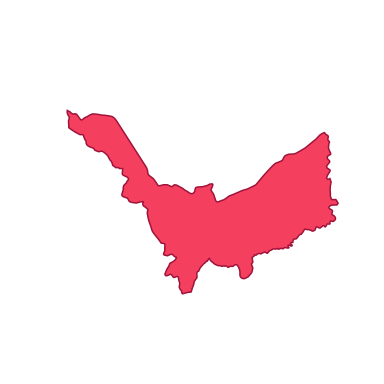 outline of Yarula, La Paz, Honduras, rotated 109°
{"feature_id": "27666195B51928369453828", "entity_name": "Yarula", "entity_type": "district", "adm_level": 2, "iso_a3": "HND", "parent_name": "Honduras", "parent_adm1": "La Paz", "projection": "albers", "projection_center": [-88.087, 14.087], "detail": "fine", "context": "isolated", "style": "filled", "palette": "rose", "viewbox_px": 384, "rotation_deg": 109, "n_neighbors": 0, "source": "geoboundaries", "source_scale": "gbopen_adm2", "svg_char_len": 5995}
<svg xmlns="http://www.w3.org/2000/svg" viewBox="0 0 384 384"><g transform="rotate(109 192 192)"><path d="M100.1,78.2L99.8,78.5L98.6,80.2L98.2,80.6L97.5,80.9L95.5,81.1L95.0,81.3L94.6,81.7L93.6,84.9L92.7,86.0L94.2,87.9L96.6,89.7L102.1,92.2L103.5,93.2L112.4,98.6L113.9,99.6L121.4,106.1L123.1,108.4L124.3,111.7L125.0,113.1L126.2,114.6L127.3,115.7L128.9,116.4L131.9,116.7L132.9,117.1L134.2,118.3L137.6,122.3L138.8,123.1L141.2,124.4L146.9,127.0L153.7,129.9L163.5,133.6L165.0,134.4L171.2,140.7L174.1,144.8L181.3,152.7L183.0,154.8L183.9,155.7L188.1,158.6L189.2,159.6L190.4,161.3L192.2,163.3L192.8,164.1L193.1,165.0L193.1,165.8L192.6,166.6L186.9,171.0L185.2,173.3L184.2,174.4L183.2,174.8L180.1,174.5L178.9,174.6L178.0,174.8L177.7,175.4L178.7,177.7L180.9,179.7L181.4,180.6L183.3,183.3L185.5,188.3L186.3,189.6L186.8,189.9L187.5,190.0L190.3,189.7L191.7,189.9L192.9,190.5L193.6,191.4L193.8,192.6L193.8,193.9L193.0,196.7L192.6,199.1L191.5,202.5L190.5,208.9L190.9,211.0L193.1,212.4L193.6,212.9L193.2,217.8L194.3,221.0L196.7,224.8L196.9,225.6L196.7,226.5L193.9,230.1L191.9,233.0L190.7,236.8L189.7,239.2L185.8,241.3L183.7,243.0L148.9,287.0L147.6,289.1L146.9,291.1L146.7,292.3L146.8,293.7L147.7,298.8L148.7,302.7L149.4,307.2L150.5,311.4L152.2,313.4L154.9,315.7L156.5,317.4L157.5,318.2L159.3,319.2L159.7,319.6L159.9,320.1L159.7,321.1L156.0,326.5L156.1,328.2L156.4,328.8L157.0,329.4L157.1,330.0L156.7,331.8L155.9,333.5L155.5,336.5L157.2,336.0L158.2,335.5L159.4,334.4L160.9,332.7L161.6,332.2L165.5,331.8L167.9,330.7L171.3,329.4L172.3,326.3L173.4,321.9L174.2,316.9L174.2,316.4L173.5,314.5L173.5,313.5L173.8,313.1L175.1,312.2L177.3,310.3L178.5,308.6L180.1,308.1L180.9,307.5L181.8,306.5L182.3,305.2L182.6,303.7L182.7,299.3L184.1,297.5L184.2,296.8L184.3,293.4L183.7,292.2L183.0,291.2L182.8,290.3L183.0,288.6L183.9,286.0L185.2,283.4L188.2,280.3L189.3,278.3L190.9,276.8L192.7,275.6L193.1,273.8L193.8,272.1L193.0,269.6L193.0,269.0L193.4,268.4L193.4,267.8L192.5,265.8L192.5,265.5L192.6,265.1L197.1,264.0L198.0,263.5L198.4,262.8L198.6,262.0L199.0,258.5L199.3,257.5L199.8,256.7L200.4,256.3L201.2,256.2L202.8,256.8L204.6,257.0L208.2,258.7L209.0,258.5L210.3,258.5L211.9,257.8L216.7,257.6L217.7,257.3L218.3,256.9L218.6,256.3L218.8,255.4L218.9,250.9L219.4,250.3L220.7,249.0L221.2,248.4L221.5,247.5L221.5,246.2L221.1,243.5L220.6,241.1L217.9,237.1L217.1,235.2L217.1,234.8L217.4,234.7L218.2,234.9L219.0,234.7L219.9,234.4L220.6,233.8L221.0,233.1L221.5,231.4L222.2,229.5L222.6,228.6L223.1,228.0L223.6,227.8L224.9,227.8L226.6,227.4L231.2,224.8L233.9,223.0L238.1,219.6L240.6,217.9L241.9,216.8L242.8,215.7L244.4,213.4L248.0,207.7L250.2,204.8L250.3,204.0L249.8,201.8L249.9,201.2L250.2,200.8L251.1,200.3L254.2,199.4L256.1,198.7L259.7,198.7L260.3,198.5L260.6,197.8L260.6,196.8L260.3,194.5L258.1,192.1L257.7,191.5L257.5,190.8L257.7,189.3L258.5,188.1L258.7,187.3L258.9,186.5L258.8,185.6L258.9,185.4L260.1,185.4L262.2,186.0L264.3,187.4L266.0,189.2L266.8,189.7L269.8,189.8L273.2,190.6L278.2,190.9L279.0,190.5L279.6,189.7L279.5,188.8L278.8,187.8L277.1,185.9L276.7,185.1L277.0,184.2L278.4,182.4L278.8,181.5L278.1,180.3L276.8,178.9L276.6,178.2L276.7,177.5L277.6,176.9L279.3,176.0L282.1,174.0L283.9,173.4L285.3,173.4L286.3,173.0L287.7,171.7L288.4,170.7L288.8,169.7L289.9,169.3L290.7,168.8L291.2,168.2L291.3,167.7L288.1,163.0L287.0,160.5L286.6,160.2L283.9,160.4L279.0,160.3L275.9,160.7L273.8,160.2L272.2,159.6L271.4,159.5L270.7,159.6L267.0,161.1L266.2,161.1L265.3,160.7L264.9,160.0L260.7,159.5L256.4,157.7L254.7,156.6L252.6,155.8L252.5,155.6L252.5,155.2L252.3,155.0L251.7,154.8L250.1,154.6L249.3,154.3L249.1,154.0L249.3,153.6L250.3,152.9L251.1,151.6L252.8,147.1L253.0,145.9L253.1,143.0L252.5,141.6L252.6,139.7L252.2,138.9L251.6,138.2L251.6,137.4L250.7,135.2L250.8,134.8L251.5,133.7L251.5,133.3L249.7,131.5L249.1,129.2L248.4,128.6L247.5,128.2L246.8,127.4L246.3,126.5L246.3,125.9L246.4,125.4L247.7,123.8L249.7,121.9L252.1,120.6L255.1,119.6L256.3,118.7L257.0,117.6L257.3,116.3L257.2,115.1L256.6,113.9L254.0,111.3L250.7,110.0L249.0,109.4L248.3,109.3L246.6,109.4L243.9,109.8L241.5,111.9L240.3,112.2L239.0,111.7L238.3,111.8L237.3,112.2L234.8,113.7L233.8,113.6L232.9,112.7L232.2,112.5L231.2,112.5L230.9,111.9L231.0,111.2L230.9,110.9L230.4,110.5L229.4,110.2L228.9,109.3L228.3,108.9L228.1,106.7L226.2,105.0L225.2,103.7L225.1,102.7L225.5,101.5L225.3,100.7L222.1,99.4L221.1,98.1L220.0,97.3L219.4,96.5L218.8,95.2L218.8,94.2L218.0,93.5L217.5,92.8L217.5,92.5L218.0,91.9L217.8,91.3L217.2,90.5L216.5,89.9L216.2,89.4L216.2,88.1L216.0,87.4L215.6,87.0L214.7,86.8L214.5,86.4L214.2,85.5L213.8,83.0L213.5,82.5L213.2,82.3L212.9,82.3L212.6,82.7L212.2,83.5L210.9,83.6L210.6,82.0L210.9,80.7L210.7,80.3L210.4,80.0L209.9,79.9L209.6,80.1L209.2,81.2L208.8,81.9L208.4,82.0L207.9,82.0L207.4,81.6L207.2,80.8L206.8,80.2L205.9,80.5L204.9,80.6L203.5,80.4L202.9,79.6L202.7,78.7L202.3,78.2L201.3,77.7L197.6,76.5L196.9,76.0L196.6,75.2L196.2,74.9L193.3,73.9L191.2,73.6L190.5,73.3L189.6,69.0L189.5,67.1L189.8,66.0L189.6,64.8L189.1,64.3L187.9,63.3L184.7,63.2L184.4,62.7L184.3,62.0L184.4,60.6L184.6,60.1L184.4,59.2L181.4,57.2L180.9,56.4L180.9,55.9L181.6,55.1L181.5,54.5L180.3,54.1L178.5,53.8L177.9,53.2L177.7,51.7L177.1,51.2L175.5,51.8L174.7,51.8L174.2,51.2L174.1,49.6L173.7,48.7L172.6,48.0L171.4,47.5L170.4,47.6L169.1,48.5L168.2,50.0L167.9,51.3L167.8,52.2L167.4,52.6L164.4,52.8L163.7,53.5L163.2,55.1L163.1,56.5L162.3,57.5L161.6,57.7L160.7,57.3L159.4,56.3L158.5,54.7L157.2,51.0L156.8,50.6L155.1,50.2L152.9,52.6L152.3,53.6L152.3,53.9L152.8,54.5L153.2,56.2L153.7,57.0L153.6,57.6L153.3,58.0L150.7,59.9L148.2,60.7L145.0,62.1L141.4,63.1L137.3,63.7L134.4,66.0L135.3,66.8L135.7,68.0L135.4,68.7L134.8,69.3L132.5,69.4L128.0,68.4L126.7,68.3L126.2,68.9L125.4,71.8L124.8,72.6L124.2,72.9L123.6,73.0L122.7,72.9L119.4,71.7L118.6,71.6L118.1,71.9L117.6,72.4L116.8,74.1L116.3,74.8L115.7,75.2L115.0,75.4L114.2,75.3L113.3,75.0L112.8,74.6L111.9,73.6L111.2,73.2L110.9,73.2L109.9,73.8L107.6,76.1L106.0,77.2L104.6,77.7L102.7,78.1L101.3,78.3L100.1,78.2Z" fill="#f43f5e" stroke="#9f1239" stroke-width="1.5"/></g></svg>